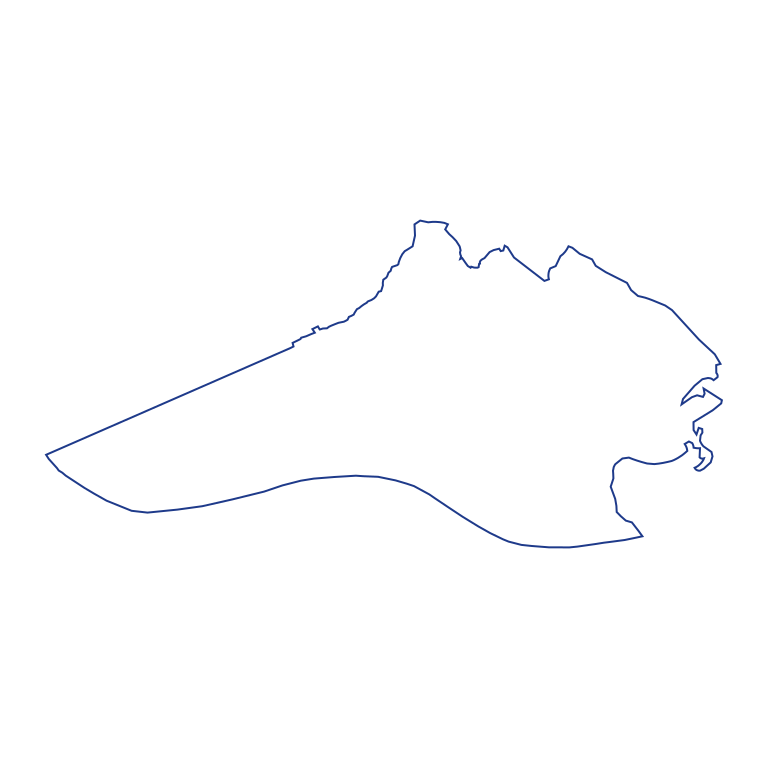 outline of Coronini, Caras-Severin, Romania
{"feature_id": "2599482B76282201234198", "entity_name": "Coronini", "entity_type": "district", "adm_level": 2, "iso_a3": "ROU", "parent_name": "Romania", "parent_adm1": "Caras-Severin", "projection": "robinson", "projection_center": [21.719, 44.681], "detail": "fine", "context": "isolated", "style": "outline", "palette": "blue", "viewbox_px": 768, "rotation_deg": 0, "n_neighbors": 0, "source": "geoboundaries", "source_scale": "gbopen_adm2", "svg_char_len": 3623}
<svg xmlns="http://www.w3.org/2000/svg" viewBox="0 0 768 768"><path d="M568.5,246.3L567.0,249.1L565.2,251.7L563.0,254.1L560.4,256.2L555.7,266.1L550.2,268.4L549.6,269.7L549.1,271.0L548.7,272.4L548.5,273.8L548.4,275.2L548.4,276.6L548.6,278.0L548.9,279.3L544.4,280.9L514.0,257.5L507.5,247.3L504.7,245.7L503.3,250.5L500.7,251.1L499.2,248.7L493.6,250.1L489.6,252.1L484.5,258.1L481.9,259.5L480.5,260.7L479.8,262.2L480.0,263.6L479.1,263.9L478.6,267.2L477.4,267.7L474.2,267.6L471.2,266.7L470.6,267.7L467.8,266.0L465.4,262.7L462.2,258.1L460.2,259.0L461.1,256.3L460.3,254.4L460.0,252.3L460.6,250.4L459.9,247.3L459.6,246.3L456.2,241.0L452.6,237.2L449.2,234.1L445.2,229.4L446.1,227.7L447.9,224.3L444.4,222.9L440.4,222.2L436.3,221.9L432.3,221.9L428.2,222.3L420.2,220.6L414.5,224.4L415.0,235.6L413.8,240.9L412.6,246.3L406.7,250.0L404.7,251.2L402.3,254.2L400.3,258.0L398.8,262.0L398.4,264.1L397.4,265.1L392.1,266.9L391.3,268.5L390.7,270.8L388.5,272.7L387.2,276.2L386.3,277.6L383.3,279.7L382.8,282.9L382.9,285.4L381.7,289.3L381.1,291.1L378.7,291.7L376.0,296.4L374.1,298.3L371.4,300.0L368.9,301.0L367.6,301.6L366.8,302.7L363.9,304.4L361.5,306.1L359.2,308.0L356.9,309.2L356.4,310.0L354.7,312.6L353.7,314.6L351.3,315.9L348.9,316.9L347.6,319.7L346.1,320.6L343.9,321.7L338.5,322.8L334.9,324.2L331.2,325.7L328.9,326.8L327.0,328.3L325.0,328.4L322.9,328.5L319.8,329.5L319.6,329.3L317.9,326.4L312.4,329.1L314.8,332.7L311.4,334.0L306.1,336.3L301.2,337.7L300.5,339.0L299.6,339.5L292.6,342.9L293.5,346.5L290.7,347.9L46.1,454.8L48.8,459.0L57.0,468.1L58.7,470.5L62.3,472.7L65.7,475.6L84.6,488.0L94.2,493.7L106.6,500.7L131.6,510.8L147.5,512.6L177.5,509.6L202.3,506.2L232.4,499.4L264.1,491.6L282.5,485.4L300.8,480.7L313.9,478.6L334.3,477.0L355.9,475.7L363.2,476.2L378.1,476.8L395.6,480.4L406.8,483.7L414.0,486.1L429.3,494.4L434.8,498.2L447.0,506.4L462.7,516.8L478.3,526.4L490.2,533.1L503.0,539.3L508.6,541.6L521.4,544.9L531.9,546.0L548.6,547.3L569.4,547.4L577.4,546.6L595.7,544.0L603.9,542.7L608.8,542.1L624.7,540.0L634.9,537.9L642.4,536.3L638.8,531.3L631.9,522.4L625.8,520.6L620.8,516.2L616.7,512.0L616.4,505.9L615.2,498.9L610.7,486.7L612.9,480.0L613.4,478.4L613.2,473.4L613.0,470.7L613.4,468.9L613.7,467.2L614.6,465.3L615.3,464.2L622.4,458.5L628.9,457.6L633.0,459.2L637.1,460.6L641.3,461.9L645.6,463.1L647.1,463.5L654.4,464.1L658.8,463.6L663.1,462.9L667.4,462.0L671.6,461.0L673.8,460.1L676.0,459.0L678.0,457.9L680.0,456.6L682.0,455.3L683.8,453.9L685.6,452.4L687.3,450.9L687.0,449.1L686.5,447.3L685.7,445.6L684.7,444.0L688.9,441.5L692.2,443.1L692.8,444.2L693.2,445.3L693.5,446.5L693.6,447.7L695.2,448.0L696.8,448.2L698.4,448.3L700.0,448.2L699.6,457.3L700.2,457.9L700.9,458.3L701.7,458.6L702.6,458.6L703.3,458.5L704.0,458.3L703.5,459.6L702.8,460.8L702.0,462.0L701.1,463.1L699.7,464.5L698.2,465.8L696.5,466.9L694.6,467.8L695.1,468.6L695.8,469.4L696.6,470.0L697.6,470.4L698.8,470.7L700.0,470.7L703.8,468.7L710.7,462.4L712.5,456.4L711.5,452.0L703.4,446.3L702.4,445.1L701.5,443.8L700.7,442.4L700.1,441.0L700.0,440.7L700.6,435.4L702.4,432.6L702.2,429.0L698.7,427.9L696.5,434.5L693.6,430.1L693.5,422.1L712.8,410.2L721.2,403.4L721.9,400.2L703.6,388.5L704.6,393.7L703.0,396.9L697.1,395.3L691.9,397.2L681.6,404.4L683.0,399.0L694.6,385.7L702.4,379.2L707.9,378.0L708.9,378.1L710.2,378.3L711.5,378.7L712.6,379.4L713.6,380.2L717.5,377.2L717.7,376.0L717.5,374.9L717.0,373.8L716.3,372.9L716.2,365.1L720.5,363.9L714.8,354.3L699.0,339.6L672.0,310.1L665.2,305.5L652.3,300.2L648.8,298.9L645.2,297.7L641.6,296.8L638.0,296.0L631.1,290.1L627.0,282.9L605.8,272.2L595.7,265.8L592.1,259.4L579.7,253.8L572.4,247.8L568.5,246.3Z" fill="none" stroke="#1e3a8a" stroke-width="2"/></svg>